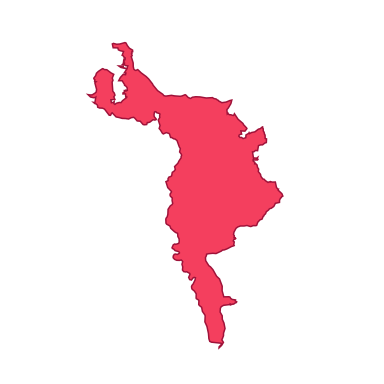 Risca, Cluj, Romania (Mercator projection), rotated 82°
{"feature_id": "2599482B15866458666366", "entity_name": "Risca", "entity_type": "district", "adm_level": 2, "iso_a3": "ROU", "parent_name": "Romania", "parent_adm1": "Cluj", "projection": "mercator", "projection_center": [23.11, 46.713], "detail": "fine", "context": "isolated", "style": "filled", "palette": "rose", "viewbox_px": 384, "rotation_deg": 82, "n_neighbors": 0, "source": "geoboundaries", "source_scale": "gbopen_adm2", "svg_char_len": 6020}
<svg xmlns="http://www.w3.org/2000/svg" viewBox="0 0 384 384"><g transform="rotate(82 192 192)"><path d="M89.6,277.0L90.9,275.9L91.6,274.5L93.0,273.5L94.9,273.6L96.0,271.8L96.5,269.0L97.7,267.1L104.5,263.3L104.7,262.0L102.7,260.6L102.5,260.0L107.1,256.7L108.2,253.6L109.4,250.9L110.0,247.6L110.9,244.6L110.0,242.0L109.9,239.4L110.9,238.4L114.0,236.4L114.7,233.4L118.3,231.1L118.8,230.0L118.9,227.5L117.0,226.6L117.2,225.5L116.9,223.9L115.2,221.0L115.1,220.2L115.6,218.7L115.3,217.4L114.8,217.3L112.1,218.9L110.3,218.9L107.7,218.1L107.3,217.5L107.5,216.5L108.4,216.2L109.9,213.2L110.4,212.9L112.1,213.5L113.7,213.5L116.0,215.4L121.7,214.4L124.6,215.7L126.1,214.7L129.8,213.1L130.5,212.3L129.6,209.2L130.8,206.7L131.4,206.2L135.0,205.6L135.2,204.6L136.8,202.7L137.2,201.4L138.9,199.7L145.6,198.3L147.4,197.5L150.6,198.7L153.1,197.3L154.3,197.2L155.5,197.9L156.6,198.0L159.6,200.7L161.6,202.0L164.4,205.7L167.4,205.4L168.9,206.9L169.8,208.8L173.1,209.9L173.6,210.7L174.1,212.9L175.5,213.9L177.4,214.1L178.1,216.4L184.3,215.4L188.6,212.3L189.4,212.5L190.7,213.8L191.9,214.2L193.1,214.0L195.2,212.4L197.7,212.9L200.6,212.7L201.7,213.4L202.6,215.3L205.8,218.1L210.7,219.0L213.1,220.0L214.1,221.1L215.2,221.7L219.2,222.1L220.3,221.6L222.6,218.6L225.0,218.1L228.6,215.1L229.8,213.9L230.9,212.0L234.1,212.2L236.6,211.3L239.6,211.6L241.0,212.3L241.5,214.9L241.5,215.6L241.1,216.2L241.6,217.8L244.3,219.5L245.2,219.3L245.9,218.1L247.7,216.9L249.2,213.5L250.1,212.9L250.8,213.0L251.8,215.1L251.1,217.2L251.3,218.3L252.8,219.5L254.5,219.8L256.3,218.6L257.5,216.6L258.0,213.8L257.8,212.2L258.5,211.5L259.7,210.9L262.1,212.0L264.9,211.6L267.9,212.3L269.7,211.3L270.3,209.4L270.2,208.4L272.3,205.6L273.3,205.5L276.1,207.2L278.4,206.5L279.1,204.8L277.0,202.6L276.9,201.5L277.4,200.5L279.5,201.2L283.4,203.8L284.3,204.9L285.4,205.6L287.0,205.7L288.3,205.4L290.4,203.4L293.4,202.0L297.7,202.7L298.3,202.5L299.8,200.6L300.6,200.3L304.4,201.0L305.4,200.5L307.5,198.5L311.7,198.3L315.5,196.4L316.5,196.2L322.4,197.3L327.2,195.9L334.3,195.4L339.7,195.7L342.4,195.2L343.4,193.7L345.8,184.2L346.4,183.8L347.0,184.1L349.1,186.7L350.1,186.9L348.0,184.0L345.3,181.8L342.6,183.0L338.7,180.8L336.1,180.4L331.8,178.3L326.2,178.6L322.3,179.7L318.8,179.3L314.8,180.9L311.1,180.1L309.6,179.0L308.6,176.5L308.7,170.8L309.1,169.8L308.2,169.7L309.0,168.5L308.7,167.4L308.8,166.3L307.8,164.5L307.7,163.6L307.0,163.0L305.7,164.4L304.9,164.0L304.0,167.1L302.9,168.4L301.3,169.1L300.9,170.0L300.2,175.1L293.9,175.9L289.5,175.2L281.9,176.9L278.8,179.4L271.8,182.1L268.7,184.1L267.3,185.6L261.9,188.0L258.8,187.8L257.0,186.6L255.6,186.2L255.4,184.2L255.6,179.9L256.3,176.8L254.6,171.2L253.8,170.0L253.8,167.9L253.1,165.0L251.5,160.5L251.0,157.8L250.8,157.6L250.0,158.0L247.3,157.1L246.5,157.9L246.0,157.9L244.7,157.0L244.7,156.0L244.2,155.2L243.2,155.6L243.0,156.7L241.1,156.2L240.0,156.8L237.7,156.1L234.1,153.5L233.0,151.6L232.4,148.8L232.9,145.2L232.8,142.2L234.3,139.0L234.3,137.9L233.8,136.3L234.2,133.3L234.0,132.6L231.1,131.1L229.0,128.5L228.6,126.4L226.0,124.9L225.8,124.3L224.7,123.6L223.8,122.2L221.9,121.2L220.5,118.7L219.7,118.0L219.2,116.9L219.2,115.9L217.7,113.0L214.8,111.0L214.5,106.8L212.2,106.4L210.4,105.2L210.0,104.3L209.3,104.0L208.7,102.6L206.2,103.2L202.2,106.4L201.2,106.0L201.2,106.5L199.3,107.7L193.7,108.1L193.4,111.1L192.6,112.9L193.0,113.1L192.7,114.2L193.1,115.4L190.9,117.8L189.4,118.8L189.1,119.9L187.1,121.1L186.0,121.6L184.1,121.7L181.0,123.5L178.6,122.8L176.7,123.7L174.3,123.8L173.0,124.8L172.8,126.0L171.5,125.6L169.9,127.1L168.8,127.1L169.4,122.7L168.8,122.1L167.9,122.8L166.9,122.2L167.6,123.6L167.0,125.0L167.1,126.0L167.6,126.4L160.7,126.5L160.8,125.2L159.7,123.3L160.2,121.3L155.3,119.7L154.9,117.7L155.1,115.5L153.7,113.2L153.4,111.5L149.8,110.8L149.2,112.1L145.7,111.7L145.3,112.1L142.8,112.3L141.6,112.9L139.2,112.7L138.4,113.2L137.5,112.9L137.3,113.2L138.8,115.7L139.0,117.5L141.2,121.4L141.4,124.9L142.2,126.8L141.2,127.2L141.8,127.6L143.0,130.6L145.7,131.2L146.2,134.0L144.8,135.4L144.7,136.9L143.2,137.9L142.1,137.3L141.6,135.9L141.6,134.8L138.3,135.1L139.1,131.1L136.9,128.8L136.2,129.0L132.5,131.6L131.2,132.0L126.3,136.3L120.4,139.1L121.7,139.9L122.0,140.6L120.9,142.8L120.7,144.1L119.9,145.1L119.0,145.4L119.6,146.2L115.3,146.0L113.9,144.4L109.9,141.2L106.5,139.8L106.7,141.9L107.7,145.7L107.7,150.0L105.6,152.9L105.0,153.1L104.5,154.0L103.3,155.1L102.4,157.5L101.4,158.5L100.9,164.8L99.0,170.7L98.2,175.0L98.2,178.4L99.1,180.3L99.0,180.8L97.7,182.8L95.1,184.6L94.7,185.3L95.5,188.6L95.6,190.3L94.4,195.9L93.4,198.9L93.4,204.6L92.7,206.4L91.1,207.4L86.8,212.0L80.9,215.6L79.4,216.1L74.0,219.2L71.2,221.4L67.0,225.7L63.2,228.7L63.8,230.6L63.6,231.3L62.4,232.5L59.7,232.7L56.0,232.3L49.4,233.3L48.7,232.3L46.8,232.7L46.6,232.2L44.9,232.1L44.8,231.2L43.2,231.1L40.9,234.0L38.1,235.6L35.3,236.6L34.7,237.6L35.4,243.0L35.2,246.1L33.9,249.1L34.3,250.3L38.2,250.0L39.0,245.4L41.0,245.1L42.1,243.4L43.3,240.2L46.8,242.1L46.9,241.7L49.1,240.4L49.7,240.5L50.0,239.5L51.6,239.9L51.3,241.0L52.4,241.4L52.8,241.5L52.9,241.1L54.4,241.3L54.3,241.9L55.0,242.1L55.2,241.0L56.1,241.5L55.7,242.6L55.9,242.9L56.2,241.8L57.6,240.1L58.1,238.0L60.8,239.2L59.3,242.8L57.7,242.6L57.0,247.0L58.7,245.2L61.0,239.3L64.5,242.4L65.0,240.9L66.6,241.5L66.0,243.8L68.6,247.0L71.6,249.1L72.1,245.7L76.6,243.7L77.0,243.9L78.0,242.7L79.6,241.7L82.4,241.9L82.8,243.4L82.0,243.5L82.3,244.0L82.1,244.9L84.0,245.3L84.3,246.6L85.3,246.7L85.6,244.2L88.4,244.4L88.5,243.4L89.3,243.5L91.9,248.1L93.6,249.8L93.2,251.6L93.6,254.6L94.5,256.1L93.6,257.0L91.7,256.5L92.3,257.6L92.4,259.4L89.4,259.5L89.6,255.5L86.9,256.2L85.4,254.8L83.2,255.2L81.2,256.4L72.1,255.8L70.4,254.7L68.1,255.1L64.6,253.1L62.8,255.6L59.0,259.4L58.6,261.7L57.7,262.7L57.4,263.5L59.5,267.9L61.1,270.1L63.4,271.2L65.6,273.4L66.3,273.4L67.5,272.5L68.7,273.1L69.2,272.8L69.5,271.7L70.4,273.0L77.2,272.2L79.7,273.0L80.6,274.3L81.9,277.3L81.7,279.5L81.1,281.4L83.8,279.3L84.9,276.5L85.0,274.7L84.7,274.1L90.0,275.7L89.6,277.0Z" fill="#f43f5e" stroke="#9f1239" stroke-width="1.5"/></g></svg>